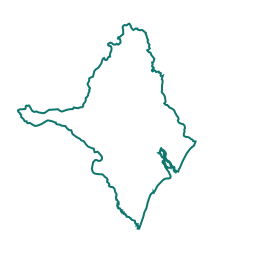 the district of Esmeraldas, Esmeraldas, Ecuador, rotated 140°
{"feature_id": "8360857B50260374474946", "entity_name": "Esmeraldas", "entity_type": "district", "adm_level": 2, "iso_a3": "ECU", "parent_name": "Ecuador", "parent_adm1": "Esmeraldas", "projection": "albers", "projection_center": [-79.613, 0.807], "detail": "fine", "context": "isolated", "style": "outline", "palette": "teal", "viewbox_px": 256, "rotation_deg": 140, "n_neighbors": 0, "source": "geoboundaries", "source_scale": "gbopen_adm2", "svg_char_len": 5783}
<svg xmlns="http://www.w3.org/2000/svg" viewBox="0 0 256 256"><g transform="rotate(140 128 128)"><path d="M53.2,189.2L54.1,194.0L55.8,195.0L57.0,196.6L57.4,197.8L57.0,198.2L58.2,199.3L60.3,199.5L61.0,199.7L61.1,202.1L60.2,204.6L59.9,207.0L60.6,207.4L63.0,207.5L64.6,209.2L66.8,209.1L67.6,208.3L68.4,206.6L71.4,202.9L74.0,203.1L75.0,202.9L76.9,203.7L78.1,203.3L78.3,203.0L77.4,202.0L77.0,201.2L78.2,198.9L79.2,198.1L81.8,198.1L82.6,199.8L84.0,199.9L85.2,201.1L85.6,201.8L85.8,203.4L86.7,204.8L89.2,205.2L90.0,204.2L89.9,203.5L88.7,201.9L88.8,200.8L89.4,199.6L91.6,197.5L92.7,197.3L95.2,195.4L95.8,194.2L97.3,194.9L98.8,194.6L99.7,193.9L101.2,194.1L101.7,195.1L101.3,197.0L102.1,197.2L104.1,196.6L106.8,194.7L110.6,193.5L111.8,193.2L114.9,193.6L117.3,193.2L121.7,189.9L125.7,191.0L127.6,189.0L130.4,187.9L130.9,187.3L131.3,185.4L131.5,183.8L131.4,183.1L132.0,182.6L133.3,182.2L133.8,181.0L136.4,179.8L137.6,178.7L139.7,178.0L140.9,178.3L142.6,176.4L143.7,175.6L147.2,174.9L148.0,173.7L149.0,173.3L150.2,173.6L151.4,174.6L153.3,175.1L154.7,176.4L156.1,178.5L156.6,178.6L157.4,178.0L158.3,178.1L160.5,179.8L163.3,181.3L167.9,183.0L168.5,183.7L169.2,185.3L169.6,187.4L176.9,192.7L182.0,193.1L183.6,194.0L186.7,197.7L187.4,199.4L189.5,200.6L190.2,202.2L190.3,203.2L189.3,208.5L189.4,209.0L190.4,209.3L191.5,210.5L192.1,210.5L194.1,208.7L194.6,208.6L198.9,211.8L200.8,212.3L201.2,211.9L201.6,210.6L201.2,209.0L201.6,207.7L201.3,206.9L202.8,205.0L202.3,202.3L202.8,199.6L202.5,199.1L201.4,198.4L201.9,197.2L201.9,196.3L199.8,194.8L198.6,190.8L197.7,189.1L195.5,187.9L191.6,186.6L186.1,185.8L184.6,185.4L183.5,184.2L181.5,181.5L180.5,179.5L179.8,178.6L180.3,178.3L180.2,176.7L178.2,174.5L177.3,172.4L174.7,169.7L174.9,166.9L174.6,164.9L174.1,163.9L172.9,162.6L174.2,159.7L174.3,158.7L173.4,154.7L171.8,150.5L171.7,148.4L170.4,146.6L170.4,144.4L170.7,143.0L170.6,139.6L169.5,137.4L167.5,134.1L169.1,131.1L168.8,130.5L166.7,129.5L166.4,128.6L166.3,123.7L166.8,122.2L167.8,121.1L169.3,120.6L170.6,120.9L171.8,121.8L172.7,123.7L173.6,124.5L176.4,124.2L177.2,123.8L182.0,119.9L183.1,117.3L183.1,115.2L182.7,114.4L181.0,112.3L177.6,109.1L177.2,108.0L177.1,105.5L176.5,103.2L176.9,101.3L178.1,100.8L178.7,100.1L178.7,99.5L178.2,98.7L178.5,96.8L179.6,96.2L179.8,95.6L179.1,93.9L177.7,92.6L177.4,90.2L179.0,86.9L179.2,85.3L179.6,84.2L180.3,83.5L181.1,83.4L181.2,82.9L182.5,81.9L183.0,80.5L182.5,80.1L182.8,79.7L182.9,77.3L183.3,76.9L183.3,76.6L183.8,76.6L184.0,76.8L184.1,76.5L184.5,76.6L184.5,75.8L185.0,76.1L186.1,75.7L186.5,74.8L186.0,74.6L186.0,74.2L186.3,73.6L186.6,73.7L186.7,72.9L186.9,72.8L186.7,72.6L186.7,72.0L185.9,71.7L186.0,69.9L185.8,69.5L186.3,69.7L186.6,69.5L187.0,68.1L186.6,67.7L187.0,67.1L186.5,66.7L186.2,67.0L186.2,66.5L186.0,66.4L186.4,65.5L185.9,65.5L186.3,65.0L185.7,64.3L185.7,63.8L185.3,63.6L185.3,63.2L185.8,62.9L185.7,61.0L185.9,60.8L185.2,60.3L185.2,59.8L184.4,59.1L184.4,58.0L183.9,57.1L184.3,56.5L184.0,55.2L183.0,53.3L182.4,52.8L182.5,52.1L183.6,50.6L183.4,49.9L183.6,49.8L183.6,49.2L183.2,49.3L183.0,48.9L183.4,48.5L182.7,48.1L183.6,47.7L182.9,47.5L183.2,47.0L183.3,46.1L184.1,45.8L184.1,45.3L184.7,45.1L184.6,44.4L185.0,44.4L184.8,44.1L184.1,43.7L172.8,50.5L169.5,53.0L167.3,53.9L166.8,54.5L167.0,54.0L165.9,54.4L160.9,58.2L155.0,61.8L153.1,62.6L151.2,62.7L150.6,62.5L150.1,62.0L149.6,62.6L149.7,61.9L146.9,62.9L143.6,64.4L141.7,64.9L135.1,65.6L132.6,65.4L130.8,64.5L129.7,63.4L127.9,62.6L127.3,62.8L126.1,64.1L125.0,68.6L124.6,74.1L123.7,75.9L123.7,79.4L122.5,80.4L121.3,80.3L120.7,80.6L119.9,81.4L120.0,82.2L120.7,83.7L120.0,86.8L120.1,87.8L120.5,88.5L120.7,88.9L120.7,89.0L119.8,88.1L119.5,88.8L119.0,89.4L116.1,91.1L115.6,91.2L115.7,89.5L115.0,88.3L115.0,85.8L115.5,83.8L117.6,82.4L118.3,81.2L118.6,80.0L118.8,78.4L117.9,75.9L118.1,72.9L118.8,71.7L118.5,70.0L118.9,70.5L118.5,69.4L117.8,68.7L117.7,68.2L118.2,67.4L120.3,65.9L120.4,64.8L120.2,63.9L119.7,65.9L119.3,66.3L118.8,64.7L119.5,63.8L119.6,63.4L118.5,63.7L117.5,62.3L115.7,63.7L114.6,63.8L107.8,67.3L99.4,70.8L93.6,72.1L91.2,72.2L88.9,72.0L84.9,74.2L85.9,75.3L86.5,76.4L86.1,77.1L86.4,78.2L86.8,78.8L87.3,81.5L88.4,83.1L89.5,84.0L90.2,86.2L89.4,87.3L86.7,89.2L86.1,90.4L84.4,91.3L83.4,93.0L83.1,94.0L83.4,95.7L85.1,98.0L85.6,99.8L85.0,101.7L83.5,102.3L82.7,104.1L82.7,106.7L82.2,107.9L82.3,108.6L81.6,110.7L81.3,112.7L82.0,114.9L83.2,117.4L82.8,118.9L83.2,119.5L83.1,120.4L84.0,121.1L84.3,121.9L84.4,123.6L83.0,123.6L82.0,124.4L79.8,128.0L79.1,130.4L79.2,132.9L79.0,134.0L77.4,135.3L75.1,138.2L71.6,141.3L70.8,142.4L70.9,143.5L70.6,143.8L67.9,145.6L68.7,145.7L69.4,146.6L69.2,147.4L67.6,148.9L67.7,149.4L68.6,150.1L68.2,151.4L70.5,152.9L70.3,153.7L70.7,155.3L72.7,155.5L72.9,156.2L72.7,156.8L72.1,157.1L69.7,157.4L69.4,158.4L69.9,159.4L69.8,160.0L68.3,160.9L67.4,162.7L66.6,162.1L66.1,162.2L63.3,164.1L63.2,169.0L62.4,171.1L62.7,172.1L63.4,172.8L63.3,175.2L61.3,174.8L60.1,175.0L59.7,176.9L58.1,177.8L57.9,180.5L57.3,181.9L56.0,182.4L55.7,184.4L54.3,187.1L54.1,188.6L53.2,189.2ZM123.0,75.5L123.5,73.6L122.8,72.9L122.9,72.0L122.0,70.9L120.9,70.3L120.8,69.9L119.4,71.3L119.4,72.3L118.6,73.7L118.2,74.9L118.3,75.5L118.9,75.6L119.4,76.6L118.9,80.6L121.7,78.5L122.4,77.5L122.6,76.1L123.0,75.5ZM117.1,90.4L119.7,88.4L119.7,86.6L120.4,84.2L119.3,81.7L118.8,82.2L117.7,84.5L115.9,86.5L116.0,87.8L117.1,90.4ZM119.1,78.5L119.3,76.7L118.2,75.8L118.2,76.5L119.1,78.5ZM119.0,70.2L118.9,68.8L118.1,67.8L117.9,68.1L118.0,68.8L118.6,69.4L119.0,70.2ZM116.3,84.9L117.1,84.2L118.1,82.6L116.6,83.6L116.3,84.9ZM118.9,68.6L119.2,68.0L119.4,67.3L118.4,67.7L118.9,68.6ZM123.1,78.6L123.4,77.7L122.9,78.9L123.1,78.6ZM119.0,71.7L119.0,71.0L118.7,70.5L118.8,70.8L119.0,71.7ZM118.2,73.3L118.4,73.0L118.7,72.7L118.3,73.0L118.2,73.3ZM118.4,72.7L118.8,72.5L118.9,72.1L118.4,72.7Z" fill="none" stroke="#0f766e" stroke-width="2"/></g></svg>